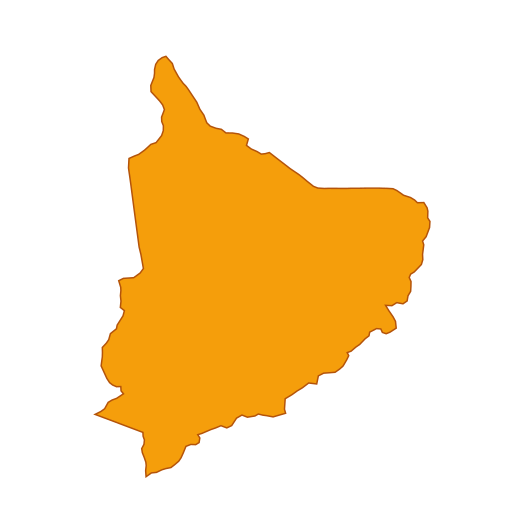 Rio Branco, Mato Grosso, Brazil (Natural Earth projection), rotated 264°
{"feature_id": "56859067B25898404053015", "entity_name": "Rio Branco", "entity_type": "district", "adm_level": 2, "iso_a3": "BRA", "parent_name": "Brazil", "parent_adm1": "Mato Grosso", "projection": "natural_earth1", "projection_center": [-58.151, -15.281], "detail": "fine", "context": "isolated", "style": "filled", "palette": "amber", "viewbox_px": 512, "rotation_deg": 264, "n_neighbors": 0, "source": "geoboundaries", "source_scale": "gbopen_adm2", "svg_char_len": 2755}
<svg xmlns="http://www.w3.org/2000/svg" viewBox="0 0 512 512"><g transform="rotate(264 256 256)"><path d="M157.3,350.0L162.3,355.9L164.8,360.0L168.4,361.1L171.2,368.2L170.4,372.5L166.8,373.7L165.1,377.3L166.2,381.2L169.6,387.9L176.4,387.9L181.1,386.0L187.7,382.4L193.4,379.7L192.4,386.0L194.9,391.1L193.1,397.2L195.5,401.6L200.5,403.0L204.7,406.1L209.6,406.9L214.4,407.5L218.6,406.1L221.8,407.9L223.6,411.7L227.8,416.7L230.3,419.6L234.9,421.5L240.2,421.8L244.0,422.7L249.6,424.0L253.5,423.2L257.4,427.2L266.2,431.6L272.2,432.6L276.0,430.7L282.6,431.6L286.0,431.2L291.6,428.5L292.1,422.1L295.1,419.6L298.0,415.8L301.0,409.1L306.4,402.9L308.6,399.3L309.6,393.2L310.1,389.2L310.7,385.0L311.8,374.5L312.6,365.5L313.4,358.0L313.7,353.5L314.3,347.7L314.8,343.5L315.7,335.3L316.0,331.1L317.1,324.6L319.3,320.4L325.1,314.5L328.4,311.4L332.3,307.4L336.6,302.3L339.4,299.0L350.0,287.9L357.5,280.1L356.8,275.9L356.8,271.9L359.8,267.9L362.9,262.5L367.0,258.1L373.2,260.6L376.1,256.9L379.2,251.6L380.8,245.3L381.5,239.0L385.6,234.8L387.2,229.6L389.9,224.1L393.6,221.0L397.5,219.9L401.5,218.9L407.8,215.5L415.1,213.2L423.5,208.8L428.7,206.1L432.0,204.2L435.3,201.6L438.7,199.6L442.3,197.6L450.5,194.1L456.2,192.9L461.1,189.3L464.0,187.3L463.1,183.4L460.7,179.2L457.1,176.3L452.1,174.6L448.4,174.2L444.2,173.2L436.6,169.2L430.4,168.8L425.5,172.5L420.1,176.5L415.9,179.0L411.2,180.2L407.5,178.4L404.0,176.6L399.6,176.3L395.3,177.5L390.3,176.9L385.6,174.7L379.2,168.5L378.0,163.1L375.6,159.9L372.9,156.2L369.3,149.9L368.1,145.4L366.3,139.9L356.9,138.4L346.4,138.8L340.2,139.0L316.9,139.6L277.1,140.7L269.6,141.7L255.3,142.7L251.2,139.0L247.2,132.1L247.6,121.8L245.8,116.9L239.0,118.2L235.6,118.0L230.7,117.0L225.2,117.0L219.0,115.7L215.4,119.4L210.4,117.5L201.8,110.7L198.2,109.6L194.0,103.1L188.2,100.8L185.0,98.1L181.1,93.6L176.0,93.2L171.6,92.6L168.4,91.8L162.9,90.5L149.8,94.9L145.3,97.2L142.7,99.9L140.6,103.6L140.3,107.9L136.0,107.7L132.8,109.8L129.0,102.5L127.8,97.8L125.9,93.7L119.9,89.5L117.6,85.5L115.3,79.4L92.4,125.1L88.5,124.9L84.8,125.8L80.4,124.9L76.4,122.2L72.3,122.4L67.3,123.8L62.5,124.9L59.1,124.9L54.0,123.8L48.0,123.6L51.2,129.3L51.2,134.4L53.2,140.0L54.0,144.0L54.5,149.3L56.9,153.2L60.0,157.7L63.2,160.4L67.8,163.1L74.0,166.4L75.4,171.5L74.7,176.3L76.4,179.9L80.9,181.1L84.4,179.4L85.2,183.6L88.1,192.9L89.2,197.7L90.9,203.4L88.1,209.0L89.9,214.1L96.8,219.7L99.3,225.4L96.6,230.6L97.0,238.2L98.6,241.8L97.0,246.2L96.1,249.9L94.2,256.2L95.2,261.7L96.5,269.0L100.6,268.3L111.0,270.1L114.4,277.4L117.5,282.8L120.1,288.4L124.2,295.1L122.4,303.0L130.3,305.5L132.4,311.0L132.2,317.7L132.1,322.5L134.9,327.5L137.5,331.1L143.2,335.3L147.2,337.8L150.4,336.6L151.4,340.6L155.0,345.8L157.3,350.0Z" fill="#f59e0b" stroke="#b45309" stroke-width="1.5"/></g></svg>